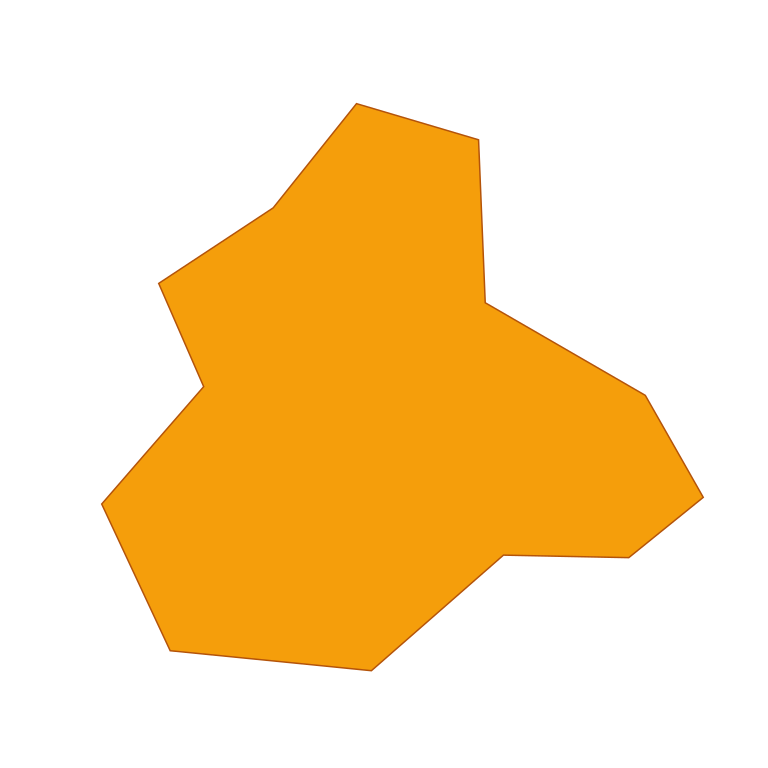 the border of Jelgava, rotated 171°
{"feature_id": "LVA-4849", "entity_name": "Jelgava", "entity_type": "Republican City", "adm_level": 1, "iso_a3": "LVA", "parent_name": "Latvia", "parent_adm1": "", "projection": "orthographic", "projection_center": [23.715, 56.641], "detail": "fine", "context": "isolated", "style": "filled", "palette": "amber", "viewbox_px": 768, "rotation_deg": 171, "n_neighbors": 0, "source": "natural_earth", "source_scale": "10m", "svg_char_len": 350}
<svg xmlns="http://www.w3.org/2000/svg" viewBox="0 0 768 768"><g transform="rotate(171 384 384)"><path d="M292.8,196.3L441.3,102.8L636.9,154.0L681.6,309.6L631.9,351.4L562.5,409.6L590.8,518.6L465.9,575.3L367.3,665.2L252.4,610.4L271.3,448.4L127.7,331.9L86.4,222.1L169.4,174.2L292.8,196.3Z" fill="#f59e0b" stroke="#b45309" stroke-width="1.5"/></g></svg>